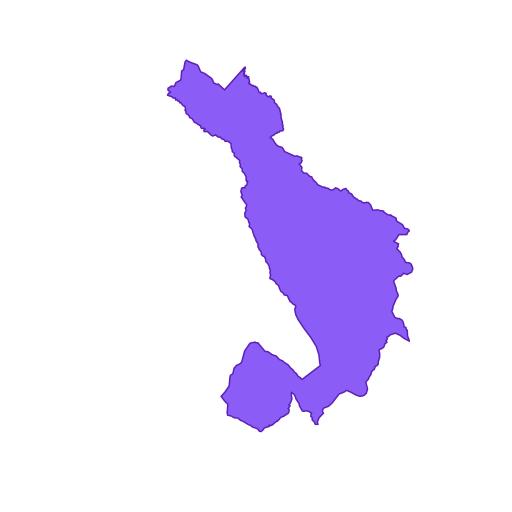 La Viña, Salta, Argentina, rotated 127°
{"feature_id": "61730980B12479001808037", "entity_name": "La Viña", "entity_type": "district", "adm_level": 2, "iso_a3": "ARG", "parent_name": "Argentina", "parent_adm1": "Salta", "projection": "natural_earth1", "projection_center": [-65.611, -25.526], "detail": "fine", "context": "isolated", "style": "filled", "palette": "violet", "viewbox_px": 512, "rotation_deg": 127, "n_neighbors": 0, "source": "geoboundaries", "source_scale": "gbopen_adm2", "svg_char_len": 6135}
<svg xmlns="http://www.w3.org/2000/svg" viewBox="0 0 512 512"><g transform="rotate(127 256 256)"><path d="M353.1,105.3L351.6,107.1L347.1,108.3L341.0,107.5L340.3,109.1L338.5,110.4L336.3,110.2L332.5,107.7L327.4,106.7L316.2,106.6L311.8,103.8L308.9,102.9L307.7,98.4L306.8,92.2L305.6,88.7L303.4,86.5L301.7,85.7L299.4,85.3L295.6,86.6L294.5,87.5L291.2,91.8L289.9,92.4L286.0,92.1L285.4,92.8L281.8,92.8L279.3,93.9L277.2,94.0L275.4,93.3L272.2,94.3L270.7,93.4L269.1,93.3L266.7,94.8L262.8,96.1L259.5,98.5L257.1,101.1L256.2,101.2L254.7,100.0L252.0,99.1L248.3,100.2L246.2,99.5L245.7,100.1L245.6,101.3L243.3,101.1L242.3,102.5L241.7,102.6L241.1,101.9L238.1,101.3L233.8,98.3L232.6,93.1L232.7,88.5L231.8,82.5L230.9,83.2L228.7,86.8L224.3,90.5L224.0,92.0L222.9,93.3L223.4,95.3L221.8,96.6L220.0,99.1L219.3,101.1L219.7,104.1L220.5,104.7L221.5,108.0L218.5,114.2L215.1,115.3L214.7,116.0L206.5,118.1L202.5,118.4L201.3,119.3L199.2,123.1L197.3,124.8L193.5,130.7L192.6,131.1L186.3,129.9L184.9,128.2L180.9,127.6L179.8,124.2L175.3,122.1L172.3,122.8L171.2,123.8L169.1,127.1L169.1,129.1L171.1,132.7L169.6,135.4L168.6,139.3L167.5,140.3L166.1,143.2L165.4,148.0L162.7,148.2L162.2,148.9L160.6,149.4L161.4,154.8L160.5,154.9L159.0,154.2L152.9,154.7L148.2,148.5L145.8,149.1L143.7,148.7L143.2,149.6L143.1,150.9L144.5,154.2L142.8,157.9L143.4,164.0L143.2,165.4L141.9,166.3L141.5,167.3L142.3,172.2L142.0,173.1L143.1,173.9L143.8,176.1L144.0,180.5L143.4,180.9L143.8,182.4L144.8,183.5L145.9,186.6L149.0,190.0L148.9,190.8L146.3,195.1L145.7,198.4L146.4,199.7L148.3,201.4L149.3,203.5L148.9,205.1L149.7,206.5L150.0,207.8L149.7,209.3L150.2,210.1L149.9,211.1L150.2,213.5L148.9,217.2L149.7,220.2L148.8,220.7L148.5,221.7L148.7,222.7L148.0,224.8L149.9,226.3L152.9,227.4L153.3,228.2L152.9,231.0L153.7,233.5L156.5,234.2L158.4,235.8L158.6,239.3L159.7,241.3L159.6,242.6L160.4,243.1L160.8,244.2L162.0,249.8L161.2,251.7L160.6,256.6L159.3,259.1L160.1,261.2L159.4,265.4L161.0,267.6L160.6,270.2L160.1,271.3L157.6,272.6L156.5,276.8L154.4,276.0L152.0,276.7L151.6,277.8L150.1,278.5L149.9,279.3L150.8,280.9L151.1,283.1L153.0,285.2L155.4,296.2L154.2,298.4L153.6,300.9L154.9,304.0L154.9,306.3L154.3,308.9L152.6,313.0L152.7,315.8L150.8,315.7L148.7,314.5L146.1,314.1L145.3,313.1L144.1,313.0L142.9,311.9L141.7,312.1L140.0,310.1L138.5,310.1L137.8,310.7L137.2,312.1L135.4,313.0L135.2,314.0L133.3,315.3L131.2,318.3L129.4,320.3L128.1,321.0L123.8,326.3L123.8,327.8L122.4,331.0L122.5,333.1L120.5,335.5L120.6,339.6L119.3,339.9L119.8,341.3L121.6,342.1L121.3,345.2L120.0,345.6L120.4,347.3L122.3,348.5L123.1,349.7L122.6,351.1L123.3,351.8L123.3,352.6L122.1,353.8L120.7,357.0L121.5,357.4L120.9,358.8L122.1,360.5L121.5,361.0L122.4,362.2L122.0,364.2L122.7,364.8L121.8,365.3L121.8,366.0L120.3,366.3L119.4,367.8L118.7,368.1L118.8,369.2L118.2,369.2L118.2,370.0L118.9,369.9L119.1,370.5L118.3,371.0L117.8,370.7L118.2,371.5L117.6,372.5L118.2,373.5L118.8,372.8L119.3,372.9L118.8,374.8L117.8,375.0L117.5,375.6L117.0,375.2L116.4,375.9L115.7,375.9L116.0,377.4L114.9,376.6L114.0,377.0L114.2,377.7L113.0,377.9L112.5,377.5L111.8,378.3L112.6,378.7L142.2,381.1L141.4,389.7L142.3,390.1L143.3,393.9L141.4,396.8L140.9,398.7L141.1,406.8L142.2,411.1L139.1,416.4L138.7,418.0L140.9,425.3L141.6,429.5L143.9,429.4L150.6,426.0L153.1,426.7L159.1,422.8L161.0,422.1L165.7,424.3L169.8,423.3L171.0,425.7L175.0,427.2L176.6,426.0L176.5,423.8L176.8,422.9L178.0,423.6L179.8,423.7L180.8,423.3L179.3,418.5L179.7,417.3L178.4,415.4L179.8,414.1L178.6,412.9L179.3,411.8L178.5,410.3L179.5,409.3L178.9,408.3L179.8,404.8L179.3,402.9L181.0,400.7L182.4,400.4L182.7,398.9L184.2,397.7L184.2,394.1L185.3,392.3L184.8,389.4L186.3,385.6L185.7,383.3L185.9,381.9L185.4,378.5L186.4,377.5L186.9,376.2L185.1,374.2L185.0,373.6L185.4,373.0L187.0,373.4L187.8,372.1L185.8,369.8L186.5,364.5L186.2,362.8L183.7,361.1L183.8,357.9L182.5,355.8L183.1,354.0L182.3,351.8L182.9,349.7L181.2,347.1L181.2,343.7L184.5,340.8L185.8,338.6L187.0,337.7L186.9,335.4L189.1,333.6L189.5,326.4L191.1,325.7L192.3,323.5L194.1,322.6L194.8,319.4L196.7,317.9L197.0,315.0L198.8,311.4L201.3,309.8L201.3,308.9L202.0,308.4L201.6,307.5L204.8,306.2L206.8,306.7L208.3,306.0L209.6,308.0L210.7,308.2L213.8,306.8L215.9,303.4L217.5,303.5L218.2,302.7L218.1,301.3L218.9,300.3L220.7,294.4L222.1,293.5L224.1,293.3L225.8,291.1L228.5,290.8L231.1,288.5L231.5,287.5L231.3,285.6L231.8,284.0L233.5,282.0L234.1,280.4L236.6,279.2L236.9,275.4L241.3,269.4L241.5,268.2L242.6,267.1L242.6,266.2L243.9,265.2L243.9,264.1L244.7,263.3L244.7,262.5L245.2,261.5L246.6,260.7L247.9,259.3L248.2,258.1L249.1,257.1L249.3,255.1L250.0,253.9L251.6,252.6L251.9,250.1L251.3,249.1L252.6,246.7L254.5,244.8L255.0,242.0L256.3,239.2L257.7,238.0L258.9,235.8L260.5,235.2L262.7,232.7L265.4,231.6L265.6,230.7L265.0,229.1L264.9,225.4L266.0,223.3L266.0,220.2L268.0,217.4L269.3,214.6L269.2,212.0L270.1,210.1L268.7,207.0L270.7,203.9L270.6,203.3L271.8,201.9L271.7,199.8L272.1,197.5L271.7,195.6L272.2,193.9L274.9,193.1L276.3,191.9L279.0,188.8L281.4,184.1L284.9,174.2L288.2,162.8L292.0,153.3L297.2,146.1L303.1,140.7L304.6,138.7L326.9,144.9L326.5,147.5L326.7,150.2L325.6,152.9L325.5,156.1L324.7,158.0L324.6,160.9L323.6,165.0L324.0,169.7L323.7,171.1L324.6,175.1L323.7,179.5L325.1,183.7L325.2,188.7L326.7,191.4L324.2,202.3L325.3,203.7L325.3,204.8L328.7,207.9L330.0,208.3L338.7,207.9L349.3,203.6L352.1,204.0L354.9,205.7L358.8,206.0L364.0,203.6L366.7,204.6L368.8,203.7L375.8,199.3L383.5,198.9L389.1,199.4L390.7,193.7L391.4,189.3L398.7,184.6L400.2,182.8L398.7,179.5L398.2,175.8L396.3,172.9L396.6,169.7L395.8,166.7L395.2,160.4L394.7,159.1L394.6,155.6L393.3,151.7L393.2,150.1L393.9,148.0L393.2,146.3L390.5,145.7L388.3,145.9L384.2,142.9L383.5,143.6L382.9,143.4L382.6,142.2L381.4,141.4L376.0,140.2L374.9,139.3L373.9,139.6L372.5,139.0L371.5,139.3L369.3,138.8L367.7,137.6L362.3,135.6L360.9,135.8L358.9,136.9L358.3,137.8L358.4,138.5L355.1,138.7L355.1,140.2L352.7,140.0L348.5,141.3L346.1,143.8L343.7,145.5L343.5,142.8L344.4,140.4L346.0,138.2L347.9,132.9L349.6,131.0L351.9,125.7L351.4,124.6L349.6,122.9L348.4,120.5L348.1,117.0L349.0,117.0L351.0,115.8L351.3,113.8L353.1,112.5L353.6,109.2L354.7,107.6L354.4,106.7L353.1,105.3Z" fill="#8b5cf6" stroke="#5b21b6" stroke-width="1.5"/></g></svg>